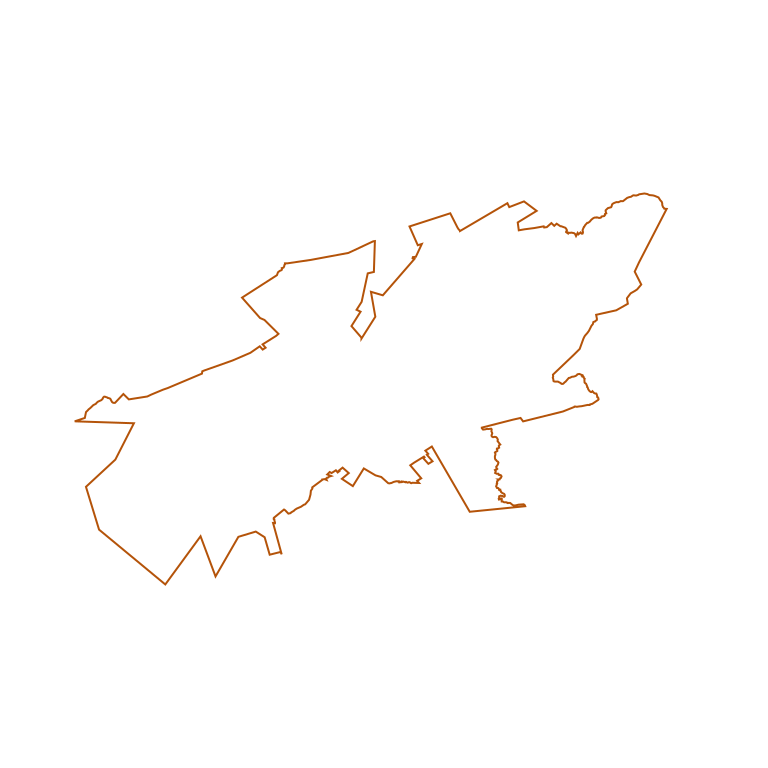 outline of Guadalupe Victoria, Durango, Mexico, rotated 258°
{"feature_id": "50627088B98366659289932", "entity_name": "Guadalupe Victoria", "entity_type": "district", "adm_level": 2, "iso_a3": "MEX", "parent_name": "Mexico", "parent_adm1": "Durango", "projection": "equal_earth", "projection_center": [-104.099, 24.401], "detail": "fine", "context": "isolated", "style": "outline", "palette": "amber", "viewbox_px": 768, "rotation_deg": 258, "n_neighbors": 0, "source": "geoboundaries", "source_scale": "gbopen_adm2", "svg_char_len": 6155}
<svg xmlns="http://www.w3.org/2000/svg" viewBox="0 0 768 768"><g transform="rotate(258 384 384)"><path d="M498.0,263.1L474.3,276.5L471.5,280.4L455.0,291.2L453.5,288.5L448.0,273.5L444.1,275.7L442.9,272.5L446.7,270.3L442.3,259.8L438.5,240.8L434.6,211.1L434.2,208.9L432.0,208.1L425.0,171.6L424.4,166.7L422.0,154.0L421.0,149.9L422.0,131.2L428.4,127.0L421.5,117.0L421.7,115.9L422.0,115.1L423.0,114.2L426.5,113.2L427.4,111.9L427.8,110.9L428.2,110.7L429.6,108.4L429.8,107.6L429.3,106.7L428.7,106.1L428.1,105.8L427.0,104.2L426.2,100.6L425.4,99.1L424.5,98.0L423.8,95.3L421.6,91.8L420.5,89.6L419.9,88.9L418.5,86.7L413.0,84.3L411.8,73.7L397.6,131.2L365.9,105.5L345.4,71.1L300.8,75.0L233.4,128.4L273.2,172.9L230.8,179.2L264.8,209.8L266.3,227.9L258.9,235.4L240.8,236.7L241.2,247.8L238.7,248.5L271.1,246.6L270.5,248.4L271.1,248.6L273.1,248.4L274.3,248.6L274.6,248.1L274.9,248.0L276.0,248.4L282.0,260.1L281.0,261.1L277.1,263.5L277.1,265.7L277.7,266.5L278.7,269.5L279.4,270.5L280.3,272.8L281.2,277.3L282.5,280.4L282.7,281.9L286.3,286.6L291.1,289.1L294.8,290.3L296.6,292.2L297.8,292.3L303.1,303.8L303.4,303.8L303.3,306.1L302.1,307.9L303.5,307.6L304.2,308.9L304.0,309.5L305.0,311.5L304.9,311.8L305.0,313.1L307.3,309.7L309.2,312.6L307.8,314.2L309.6,319.0L307.1,320.3L308.1,322.3L308.7,321.9L310.8,326.1L304.2,331.0L300.0,323.1L290.6,332.3L305.6,346.7L296.4,356.7L293.6,362.0L286.1,367.5L285.6,368.9L285.7,369.9L285.6,370.6L286.2,373.0L286.3,375.9L285.9,377.0L286.0,377.5L285.8,378.1L285.5,377.8L285.1,378.3L284.6,378.4L284.5,379.8L284.9,380.4L285.0,381.0L284.6,381.1L284.4,380.6L284.3,381.0L284.5,382.6L283.4,384.6L283.7,385.0L283.6,385.4L282.7,386.3L282.6,386.9L282.8,387.9L282.6,388.7L281.7,389.4L281.3,390.0L281.5,391.2L279.9,397.7L282.4,396.3L284.0,400.8L299.0,392.8L300.8,397.1L304.7,408.0L304.0,408.4L303.4,406.9L296.7,410.8L298.3,415.4L305.9,411.2L306.5,412.7L310.2,410.6L312.9,417.8L241.2,441.3L235.1,496.7L236.2,496.5L237.3,495.6L238.0,490.5L237.9,487.6L238.2,485.5L239.2,484.4L241.4,482.7L241.8,481.2L241.7,480.5L241.9,480.0L242.3,479.9L242.9,478.9L243.2,477.4L243.5,476.6L244.3,475.9L244.6,474.7L246.7,475.1L247.0,475.4L247.6,475.1L247.6,474.7L247.1,473.7L247.1,472.4L248.1,472.4L248.7,473.2L249.5,473.1L250.2,473.3L250.5,475.0L249.9,476.1L249.8,476.7L249.0,477.2L248.7,478.1L249.1,478.7L250.1,479.0L250.7,479.0L251.5,478.7L252.8,477.0L254.1,476.0L254.7,476.1L255.4,475.7L256.5,475.8L256.6,475.4L256.3,474.7L256.6,474.5L257.2,474.7L258.4,474.1L258.7,473.5L258.7,473.0L258.9,472.8L260.1,472.6L260.5,472.4L261.7,473.0L262.1,473.5L263.2,473.6L263.4,474.1L264.7,474.1L265.6,474.7L265.7,475.2L266.0,475.7L266.7,476.2L266.9,476.0L266.7,477.3L267.6,477.9L267.9,478.9L269.3,479.8L270.6,479.2L270.6,478.7L271.1,478.2L271.0,477.8L271.2,477.5L271.4,477.6L272.5,477.1L272.7,475.7L273.9,474.2L275.3,475.1L276.8,474.6L277.1,475.6L276.9,476.2L277.4,477.1L278.5,476.6L279.6,476.5L281.5,478.6L283.3,479.6L284.3,479.3L285.2,478.3L286.4,477.8L287.0,477.2L288.5,477.1L290.4,477.5L291.5,478.2L292.7,478.5L293.8,478.2L294.4,478.9L294.5,479.9L294.9,480.9L296.1,481.1L296.9,480.8L297.4,481.1L297.4,482.4L297.8,483.4L299.6,483.4L300.3,484.1L300.6,485.1L304.6,483.2L306.0,483.8L307.5,483.4L308.7,482.7L309.3,481.4L309.3,479.6L310.3,478.5L311.5,478.5L313.1,479.6L314.0,479.6L315.3,479.2L317.3,479.9L318.0,479.5L318.3,476.3L318.7,475.7L318.6,473.6L318.8,471.4L320.4,470.5L321.0,470.6L322.3,502.6L322.4,510.5L318.5,512.3L319.9,553.3L322.0,565.5L322.3,565.7L322.2,566.4L321.6,567.9L321.5,570.1L321.2,572.8L321.2,578.7L320.7,580.8L321.1,581.0L321.2,581.4L321.3,583.7L323.9,590.2L324.4,590.7L325.8,590.7L326.8,589.9L327.2,590.1L327.4,589.9L328.9,590.0L330.5,589.7L330.8,588.6L331.5,587.6L333.6,586.4L333.0,585.5L333.0,585.0L333.2,584.6L334.3,583.6L336.3,582.7L338.4,582.5L338.7,582.1L339.8,582.2L342.3,581.7L343.2,580.8L343.8,580.5L346.6,580.9L347.4,581.4L348.5,580.7L349.5,580.7L349.9,579.8L350.1,579.9L350.6,579.4L351.2,580.1L351.5,579.8L352.2,578.6L353.2,577.3L353.3,575.7L353.2,575.1L352.7,574.6L352.0,573.1L351.8,571.0L352.0,569.4L351.4,567.0L351.5,566.0L348.4,561.9L348.2,561.2L347.0,559.4L347.0,558.3L347.3,557.6L348.1,557.1L350.2,554.6L350.8,551.7L351.3,550.7L351.7,550.4L353.7,550.6L355.1,550.4L356.0,551.0L358.0,551.2L373.4,576.2L377.6,582.7L386.9,588.5L388.7,589.9L389.6,590.8L391.6,593.5L393.4,595.5L397.9,599.1L399.1,600.7L401.1,601.7L401.3,603.5L401.7,603.9L402.3,605.4L403.3,605.8L407.6,605.9L407.8,626.5L411.8,639.2L417.1,639.4L417.5,639.6L421.4,644.1L422.9,648.8L423.9,651.3L427.8,656.3L441.8,652.6L449.9,658.7L496.5,696.9L497.2,694.6L498.0,694.4L499.1,693.7L501.2,693.4L502.9,693.7L504.6,693.5L506.2,692.5L509.4,691.3L511.8,687.8L512.6,686.2L513.6,682.9L515.1,681.0L516.2,678.3L516.5,673.0L516.1,672.1L515.9,669.8L516.7,667.3L516.6,666.5L515.8,664.6L515.8,662.7L515.5,660.6L513.2,655.9L513.3,654.8L513.7,653.8L513.1,651.0L513.6,649.2L513.2,646.6L512.8,645.4L512.3,644.5L510.2,643.4L509.7,642.9L509.5,639.6L507.9,637.0L507.2,636.7L504.7,636.9L504.6,635.9L504.4,635.5L504.1,635.3L503.4,635.4L502.5,634.3L502.6,631.6L501.8,631.0L501.6,630.3L501.7,628.9L502.8,626.8L502.6,626.1L502.9,625.5L503.0,624.6L502.7,623.2L501.6,621.0L499.9,618.8L499.2,617.0L499.4,616.3L497.5,613.7L496.1,612.5L496.1,612.2L493.2,610.2L491.1,610.2L489.9,609.6L489.8,608.9L490.3,608.3L491.4,607.8L490.0,605.3L491.5,604.8L488.8,602.6L491.0,602.1L492.0,601.3L493.1,598.8L493.2,597.0L493.9,595.5L493.1,595.2L494.7,593.7L495.3,593.9L495.9,594.7L496.4,594.9L497.9,594.5L499.1,593.9L501.5,590.1L501.6,589.4L504.9,586.2L503.3,583.4L506.6,581.2L503.6,575.9L503.8,573.2L505.0,573.0L505.3,563.4L506.1,553.7L506.3,547.8L514.2,548.4L521.6,569.3L533.5,558.9L531.0,543.3L535.2,542.3L517.8,490.1L518.4,490.1L519.7,489.2L521.8,488.4L537.2,484.3L532.8,441.7L512.7,445.9L513.1,450.1L501.8,441.6L502.1,438.6L501.0,438.1L500.0,439.8L471.0,401.3L476.9,390.4L451.6,389.5L433.1,371.4L434.0,371.6L447.4,364.2L459.6,376.1L462.3,372.6L469.0,379.2L495.6,391.1L495.7,397.4L525.7,404.8L525.8,403.1L519.6,376.4L520.6,338.3L522.1,314.8L522.6,312.2L521.7,312.1L521.1,311.3L519.6,310.7L518.7,309.8L518.6,308.1L517.6,308.1L516.7,307.5L516.3,305.5L515.3,303.5L512.7,301.9L498.0,263.1Z" fill="none" stroke="#b45309" stroke-width="2"/></g></svg>